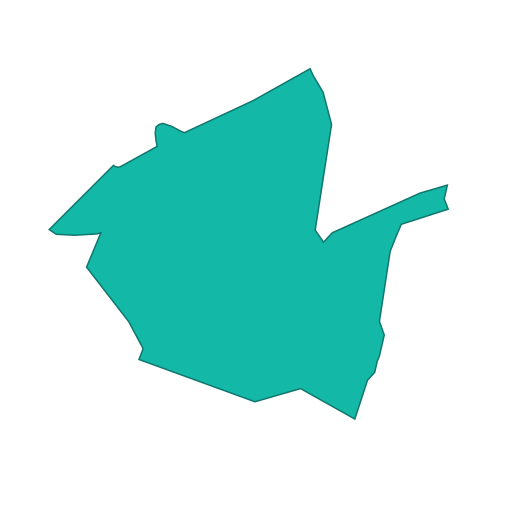 the district of Guelatao de Juárez, Oaxaca, Mexico, rotated 261°
{"feature_id": "50627088B65015189617486", "entity_name": "Guelatao de Juárez", "entity_type": "district", "adm_level": 2, "iso_a3": "MEX", "parent_name": "Mexico", "parent_adm1": "Oaxaca", "projection": "albers", "projection_center": [-96.496, 17.314], "detail": "fine", "context": "isolated", "style": "filled", "palette": "teal", "viewbox_px": 512, "rotation_deg": 261, "n_neighbors": 0, "source": "geoboundaries", "source_scale": "gbopen_adm2", "svg_char_len": 834}
<svg xmlns="http://www.w3.org/2000/svg" viewBox="0 0 512 512"><g transform="rotate(261 256 256)"><path d="M296.1,456.1L292.5,427.9L267.0,334.9L259.1,324.9L272.3,318.5L374.1,351.2L407.2,347.9L422.6,341.8L423.7,341.2L432.5,338.7L409.9,277.4L389.0,204.6L390.9,201.4L393.8,197.5L396.8,193.7L398.0,191.5L401.6,184.7L401.0,180.6L399.0,177.4L393.3,175.7L386.0,175.3L379.7,175.5L365.4,135.9L365.3,133.8L365.9,131.9L367.0,130.2L367.8,129.4L314.5,55.9L308.7,62.1L308.4,63.4L307.4,68.3L304.9,79.9L303.5,94.3L303.0,98.7L302.7,102.7L303.2,106.4L271.5,86.9L210.9,120.1L182.2,130.0L172.1,124.2L112.2,232.1L118.1,279.2L79.5,328.1L115.7,346.6L122.6,355.1L133.4,359.4L137.6,362.1L157.8,370.3L172.2,367.7L239.5,389.2L253.9,397.7L264.6,404.5L270.9,444.8L272.2,453.2L282.9,450.8L296.1,456.1Z" fill="#14b8a6" stroke="#0f766e" stroke-width="1.5"/></g></svg>